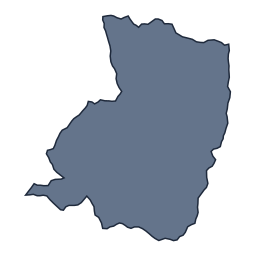 Ocauçu, São Paulo, Brazil (Mercator projection)
{"feature_id": "56859067B65296582984001", "entity_name": "Ocauçu", "entity_type": "district", "adm_level": 2, "iso_a3": "BRA", "parent_name": "Brazil", "parent_adm1": "São Paulo", "projection": "mercator", "projection_center": [-49.95, -22.434], "detail": "fine", "context": "isolated", "style": "filled", "palette": "slate", "viewbox_px": 256, "rotation_deg": 0, "n_neighbors": 0, "source": "geoboundaries", "source_scale": "gbopen_adm2", "svg_char_len": 2364}
<svg xmlns="http://www.w3.org/2000/svg" viewBox="0 0 256 256"><path d="M194.9,223.3L195.8,219.0L197.2,215.8L198.1,212.4L197.5,207.2L197.9,203.7L198.1,198.1L201.4,193.6L204.1,189.9L206.4,187.5L207.9,183.4L206.7,177.4L206.5,170.6L208.9,168.0L212.2,166.2L213.9,163.5L215.6,159.7L212.8,156.1L211.1,151.5L213.5,149.1L217.1,148.3L220.3,146.6L221.5,141.7L223.1,138.8L223.4,135.7L224.8,132.9L226.0,128.4L227.8,123.2L227.1,116.7L226.2,113.4L227.3,108.8L227.9,103.2L229.8,97.7L230.4,91.7L227.6,86.5L228.4,81.5L229.3,77.3L229.1,73.7L228.8,69.7L229.0,65.9L228.4,61.7L228.1,58.5L228.4,54.0L229.3,50.6L228.7,44.2L224.5,45.2L221.5,42.6L218.3,41.3L214.2,39.8L208.0,40.3L203.8,42.6L200.2,42.4L196.4,41.8L192.3,39.3L187.3,38.0L182.4,36.8L179.1,34.8L175.9,32.9L174.0,28.6L172.0,24.2L168.3,23.7L164.4,23.8L162.0,20.5L158.2,19.0L155.3,19.0L151.9,21.5L148.0,24.3L144.5,23.9L141.6,24.1L138.6,27.3L136.3,25.4L133.7,24.1L131.8,21.6L129.8,18.8L128.2,16.0L124.1,17.5L121.1,19.0L116.9,17.7L113.7,16.0L111.0,15.4L107.3,15.8L102.9,16.6L102.7,19.9L104.2,23.5L104.0,27.5L105.6,30.9L106.6,34.5L107.5,37.5L108.5,41.1L110.0,46.0L110.8,51.0L110.2,56.1L110.9,61.8L112.5,65.9L114.6,68.8L116.7,73.7L116.1,78.7L117.2,83.6L119.1,87.6L121.7,91.4L120.2,93.9L118.0,96.4L115.5,101.0L111.9,101.3L109.0,100.9L104.9,100.8L100.4,99.8L98.1,102.0L94.6,103.9L92.0,102.0L88.3,101.4L87.2,105.4L85.4,107.9L82.8,110.7L79.2,115.0L76.3,116.9L73.8,118.7L71.8,121.0L69.8,123.9L67.2,127.7L62.2,130.2L60.0,133.3L58.4,136.8L56.5,140.4L54.8,145.5L53.3,148.6L50.5,149.6L47.5,150.3L46.4,153.8L48.7,157.6L50.3,161.9L52.4,164.5L53.9,169.2L56.8,172.3L64.0,177.9L61.3,179.1L55.1,179.4L51.2,180.7L48.1,185.6L43.8,185.7L40.3,185.2L37.3,185.2L34.1,183.7L31.3,187.7L28.7,191.0L25.6,195.1L30.1,194.8L33.3,194.3L37.1,195.7L40.0,195.7L43.2,195.2L46.8,195.9L49.9,199.6L53.3,203.0L60.5,209.7L63.4,210.2L65.8,206.8L68.9,205.4L74.3,205.4L77.9,204.9L81.3,202.6L86.8,196.1L90.2,199.9L92.2,203.7L94.0,206.6L94.4,211.2L95.1,215.0L98.7,217.4L101.5,223.0L102.7,228.4L107.1,228.7L109.9,226.9L113.7,226.1L116.5,224.3L119.4,223.0L122.4,223.6L125.2,225.4L127.5,227.2L131.0,228.3L134.5,226.9L138.6,226.9L142.4,228.6L145.8,230.9L149.2,233.7L152.1,236.3L155.1,238.5L158.8,240.5L165.1,238.3L170.1,239.3L173.5,240.6L177.1,239.9L179.6,236.6L183.1,235.2L185.3,232.3L187.7,226.7L191.5,224.6L194.9,223.3Z" fill="#64748b" stroke="#1e293b" stroke-width="1.5"/></svg>